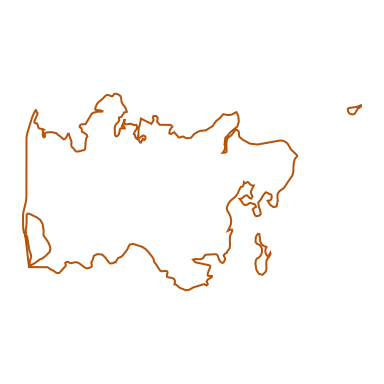 outline of Midtjylland
{"feature_id": "DNK-3416", "entity_name": "Midtjylland", "entity_type": "Region", "adm_level": 1, "iso_a3": "DNK", "parent_name": "Denmark", "parent_adm1": "", "projection": "albers", "projection_center": [9.543, 56.244], "detail": "fine", "context": "isolated", "style": "outline", "palette": "amber", "viewbox_px": 384, "rotation_deg": 0, "n_neighbors": 0, "source": "natural_earth", "source_scale": "10m", "svg_char_len": 5977}
<svg xmlns="http://www.w3.org/2000/svg" viewBox="0 0 384 384"><path d="M29.0,267.1L25.7,238.6L25.2,236.8L25.0,236.5L25.0,234.9L25.3,234.5L25.9,234.7L27.2,236.7L29.3,250.0L30.9,254.6L31.2,256.5L30.9,258.2L29.9,260.5L29.7,262.4L29.9,264.8L30.8,265.3L35.2,262.9L39.9,259.3L42.1,258.6L45.9,255.7L49.8,251.7L50.4,248.9L49.8,245.9L48.5,242.9L47.0,240.3L43.5,235.5L43.6,230.1L42.6,223.9L40.2,219.9L36.9,217.4L29.6,213.9L27.5,213.6L26.6,215.0L26.6,222.4L26.4,225.9L25.7,229.8L26.0,232.7L25.7,233.8L24.3,233.3L23.9,232.4L23.2,228.5L23.0,216.0L23.4,212.1L26.0,201.3L26.4,197.3L26.5,137.5L27.0,134.7L27.7,131.7L32.3,116.9L34.3,112.3L35.7,110.1L36.3,110.6L36.6,112.1L37.5,112.9L37.4,114.2L34.4,121.2L34.4,122.4L35.6,123.3L37.3,123.6L38.4,127.6L39.2,128.4L43.1,129.2L44.1,129.9L42.7,130.7L43.0,132.3L42.7,135.1L43.2,136.7L44.1,137.4L44.8,137.0L45.1,135.8L44.6,134.4L44.6,133.2L47.6,132.3L52.2,132.2L56.4,133.2L58.2,135.2L59.1,135.5L63.8,139.4L65.1,138.8L66.3,137.4L68.1,133.6L68.7,133.6L71.5,141.7L71.5,143.1L71.2,143.8L71.3,145.4L71.9,147.0L73.4,148.3L75.3,150.8L76.3,151.5L78.0,151.5L84.4,150.0L85.0,149.1L85.3,147.8L85.6,142.0L86.2,138.4L87.4,136.5L86.9,135.0L84.0,132.6L82.3,132.1L81.9,131.2L81.8,129.7L81.4,128.2L79.8,127.3L79.8,125.5L81.1,124.4L85.5,124.1L91.7,113.8L93.1,112.9L97.0,111.7L102.3,111.6L102.5,111.2L100.2,110.3L96.1,110.1L95.1,109.1L96.0,106.1L97.4,103.4L98.6,101.9L101.6,99.7L106.1,95.3L107.9,94.9L111.7,96.3L112.8,96.0L113.8,94.4L114.6,93.8L116.3,93.8L118.4,94.5L120.3,95.9L121.1,98.0L121.6,102.1L122.9,104.5L124.4,106.2L125.6,108.1L126.8,111.8L124.2,112.4L121.4,116.9L119.0,117.5L119.0,118.8L119.3,120.4L118.3,121.9L115.7,124.6L114.8,127.0L114.7,129.2L115.0,134.7L115.7,136.3L117.3,136.1L118.9,134.2L120.2,128.6L121.6,128.2L123.3,128.6L124.8,128.3L124.2,126.6L123.4,126.0L122.5,126.2L121.5,127.0L123.7,122.3L124.2,119.9L124.8,119.9L124.2,123.8L126.7,124.4L130.1,123.8L132.2,124.1L133.5,125.0L136.3,124.9L137.1,127.0L136.8,128.7L134.6,131.9L133.8,134.2L134.8,134.6L135.1,136.4L135.7,137.7L136.6,138.7L139.0,140.1L140.0,142.5L140.9,142.6L142.9,138.8L144.2,140.1L145.4,138.7L145.4,136.5L143.3,135.4L140.3,137.2L140.1,137.7L139.7,137.8L138.7,137.7L137.9,137.3L137.8,136.3L138.1,135.5L138.4,135.4L138.6,129.0L140.1,123.5L141.0,118.6L151.4,123.9L153.7,120.0L152.8,117.6L153.6,115.9L156.3,116.1L157.7,117.7L157.1,121.8L159.8,124.8L170.6,124.9L172.4,126.7L170.0,129.6L169.3,133.4L171.1,134.0L174.2,132.2L178.9,137.6L183.1,136.5L185.6,137.9L187.3,138.3L191.2,137.6L194.3,133.9L198.1,131.6L200.4,130.9L206.1,130.2L212.6,126.1L215.7,121.5L220.1,117.8L223.2,114.2L227.8,115.0L231.7,114.7L234.3,113.1L236.5,112.2L238.3,116.0L238.8,121.7L237.3,126.6L230.9,131.7L226.3,137.1L225.4,137.5L224.5,144.7L225.2,146.6L224.8,149.1L223.7,151.4L222.6,152.8L225.5,152.6L226.6,151.7L226.4,145.2L226.7,140.4L227.6,138.1L231.6,135.1L234.7,130.8L236.3,129.6L238.3,130.9L238.7,131.9L239.3,136.7L239.8,137.3L242.6,139.6L249.8,143.6L257.6,144.5L280.1,140.5L283.3,140.8L286.4,142.5L287.9,144.1L291.0,149.5L297.1,155.3L297.1,156.4L294.9,158.7L293.8,162.7L293.4,167.3L293.4,171.3L292.5,175.2L283.9,188.0L279.5,191.1L277.8,193.5L277.4,195.8L277.7,201.2L276.5,206.5L273.4,207.1L270.0,204.7L267.7,200.8L270.2,200.3L271.2,199.4L271.7,197.2L271.4,194.9L270.4,194.2L269.1,194.0L268.0,193.1L265.7,192.3L263.3,195.2L261.2,199.0L258.2,202.7L258.9,206.7L260.3,211.0L260.7,213.9L259.8,215.2L258.3,215.9L256.6,216.2L255.4,215.7L254.5,214.3L253.4,211.0L252.7,209.3L255.1,207.3L256.0,206.9L255.3,205.0L254.4,204.1L250.4,203.0L249.5,203.1L247.4,204.6L244.7,205.1L243.1,203.8L241.6,201.4L239.5,198.8L241.6,198.6L244.8,195.9L246.6,195.2L248.0,196.2L249.6,198.0L251.3,198.6L252.5,196.2L250.9,193.4L251.0,191.3L253.7,185.5L252.4,185.6L251.0,185.0L249.7,184.0L248.8,182.7L247.7,182.0L245.2,183.2L243.9,182.1L243.6,184.5L243.1,185.9L242.2,186.7L240.9,186.9L240.2,187.8L237.7,193.5L235.4,196.6L230.3,200.9L228.0,204.2L226.7,208.3L227.3,210.8L228.9,213.1L230.5,216.7L231.2,221.0L230.8,224.4L229.6,227.4L227.9,230.8L230.2,229.7L231.9,229.5L232.4,230.7L230.0,236.1L229.8,238.3L230.0,245.7L229.5,248.5L227.2,251.6L226.8,252.8L225.3,253.5L224.2,254.6L223.6,255.6L224.0,256.1L224.8,257.7L225.1,259.6L223.5,262.5L222.6,262.9L221.4,262.6L220.5,261.8L219.0,259.4L217.8,255.7L216.9,254.6L215.7,254.2L206.3,254.7L205.0,255.1L203.0,258.2L200.5,259.3L195.3,259.0L193.0,259.6L195.4,262.3L209.3,265.3L210.3,266.0L210.0,267.9L208.4,271.4L207.6,274.4L207.9,275.7L209.2,276.0L211.8,276.0L211.8,277.1L207.8,279.5L206.6,281.4L207.8,284.2L206.5,285.5L204.2,284.1L193.6,287.3L188.7,290.0L185.8,290.2L179.9,287.9L176.4,284.9L175.5,284.4L174.5,284.4L174.9,282.5L174.9,280.9L174.4,279.5L173.3,278.5L171.2,277.8L168.0,277.3L166.9,276.7L166.8,275.4L167.6,272.3L167.2,271.3L165.3,270.9L161.9,271.3L160.4,270.8L159.0,269.0L156.5,264.9L154.4,262.3L153.8,260.7L153.4,258.5L152.6,257.3L147.7,251.1L145.3,248.9L142.3,246.9L133.2,243.9L129.6,244.7L126.9,250.1L122.4,255.8L120.7,257.1L119.0,257.6L118.1,258.2L116.7,260.1L115.8,262.3L114.6,262.1L113.5,263.1L110.2,263.5L108.9,262.4L105.1,257.3L102.2,254.6L97.4,254.1L93.9,255.8L92.3,260.9L91.3,262.4L91.8,265.4L91.8,266.5L90.2,267.5L87.1,268.4L85.4,267.9L78.6,262.9L75.5,262.1L71.2,263.2L69.1,262.6L68.1,261.9L67.3,261.8L66.4,262.1L65.2,263.0L65.9,265.2L65.6,266.0L59.4,272.8L57.6,273.1L56.4,272.8L53.1,270.5L50.6,269.4L47.7,267.2L29.0,267.1ZM260.0,256.5L261.3,254.3L262.0,251.6L261.9,248.6L260.5,245.8L258.8,244.5L256.8,243.7L255.5,241.9L255.8,237.6L256.7,235.3L258.1,233.8L259.4,234.1L260.2,241.3L261.8,244.3L264.0,246.2L266.5,246.9L265.7,248.7L265.3,250.5L265.4,252.3L265.9,254.0L267.6,256.4L268.8,255.7L270.3,252.8L270.6,253.9L269.2,256.5L266.7,259.9L266.3,263.0L266.5,268.8L265.6,271.8L262.5,274.8L259.0,273.9L256.4,269.9L255.4,263.6L255.9,260.1L256.9,258.6L258.3,257.9L260.0,256.5ZM348.1,111.5L347.8,108.9L348.8,108.0L356.9,106.9L360.9,105.2L361.0,106.5L360.3,106.8L359.7,107.6L358.0,108.4L354.7,113.7L353.1,114.4L351.2,114.3L349.3,113.3L348.1,111.5Z" fill="none" stroke="#b45309" stroke-width="2"/></svg>